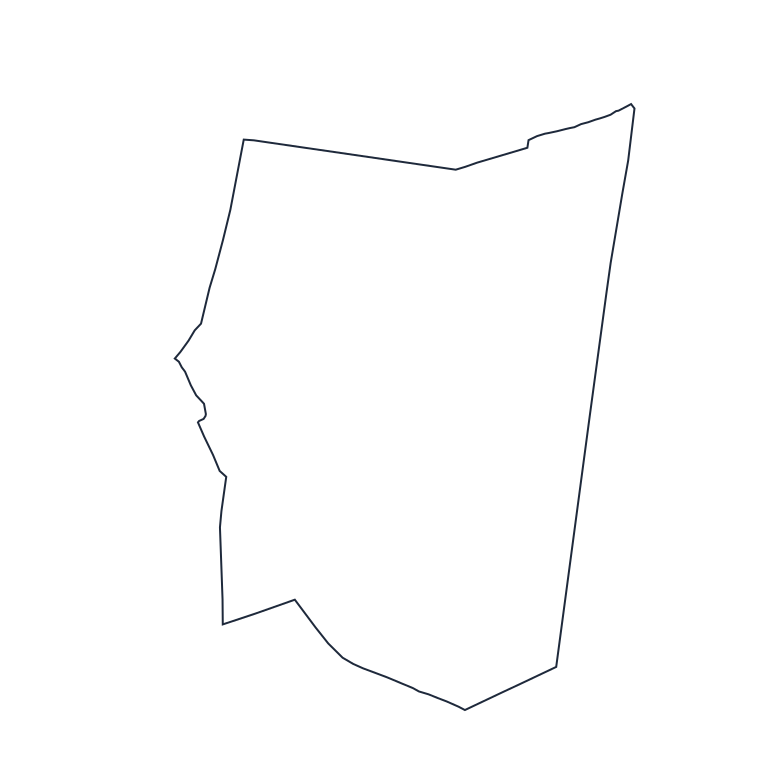 Bilma, Agadez, Niger, rotated 188°
{"feature_id": "23599985B30294266740058", "entity_name": "Bilma", "entity_type": "district", "adm_level": 2, "iso_a3": "NER", "parent_name": "Niger", "parent_adm1": "Agadez", "projection": "robinson", "projection_center": [13.432, 20.296], "detail": "fine", "context": "isolated", "style": "outline", "palette": "slate", "viewbox_px": 768, "rotation_deg": 188, "n_neighbors": 0, "source": "geoboundaries", "source_scale": "gbopen_adm2", "svg_char_len": 1137}
<svg xmlns="http://www.w3.org/2000/svg" viewBox="0 0 768 768"><g transform="rotate(188 384 384)"><path d="M174.5,605.6L173.3,639.2L174.3,691.7L178.3,695.6L181.4,693.3L189.8,687.3L192.2,686.5L197.1,682.2L202.7,679.2L207.3,677.0L211.4,675.2L218.3,671.6L225.0,668.8L231.2,664.8L235.3,663.4L239.5,661.8L247.8,658.4L256.0,655.4L259.4,654.3L266.9,650.8L274.8,645.6L274.9,637.9L322.7,616.1L333.7,610.4L342.8,606.2L530.3,607.1L546.8,607.2L556.9,606.5L560.4,535.1L563.5,504.1L567.1,474.2L570.1,455.0L573.6,418.3L578.9,410.8L583.6,399.7L590.1,387.4L594.7,380.1L590.2,377.5L586.6,372.4L582.7,368.5L575.1,355.8L568.4,346.6L559.5,339.4L556.2,329.4L556.3,327.5L557.8,324.3L561.9,321.7L562.9,320.1L554.8,306.9L543.4,289.9L534.6,275.0L527.3,270.1L527.3,235.6L526.5,219.2L521.1,188.8L513.9,148.2L510.2,123.5L479.5,138.7L442.3,158.0L417.9,133.4L403.1,119.3L386.9,107.2L375.5,102.5L365.1,99.5L351.5,96.5L339.9,93.9L324.7,89.9L313.1,86.9L306.6,84.4L296.7,82.9L287.1,80.5L277.9,78.4L265.2,74.8L258.5,72.4L249.7,78.2L223.7,95.3L207.4,105.9L174.1,127.8L175.8,379.7L176.4,505.2L176.4,535.5L174.5,605.6Z" fill="none" stroke="#1e293b" stroke-width="2"/></g></svg>